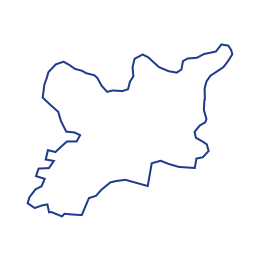 Yongin-si, Gyeonggi, South Korea (Equal Earth projection), rotated 100°
{"feature_id": "91817680B86612267469181", "entity_name": "Yongin-si", "entity_type": "district", "adm_level": 2, "iso_a3": "KOR", "parent_name": "South Korea", "parent_adm1": "Gyeonggi", "projection": "equal_earth", "projection_center": [127.213, 37.219], "detail": "fine", "context": "isolated", "style": "outline", "palette": "blue", "viewbox_px": 256, "rotation_deg": 100, "n_neighbors": 0, "source": "geoboundaries", "source_scale": "gbopen_adm2", "svg_char_len": 1290}
<svg xmlns="http://www.w3.org/2000/svg" viewBox="0 0 256 256"><g transform="rotate(100 128 128)"><path d="M86.9,57.2L75.7,59.4L68.4,58.8L62.2,55.9L57.7,51.1L51.5,44.6L44.7,41.1L37.4,38.1L35.9,38.7L33.4,39.9L29.5,43.4L29.5,50.5L37.4,54.7L39.6,60.0L41.9,65.9L46.9,72.4L49.2,81.3L52.6,85.5L61.0,85.5L65.0,89.6L65.0,97.9L62.7,108.0L54.8,120.5L53.6,124.6L53.1,126.4L58.7,133.5L67.2,134.1L76.2,131.7L81.9,134.1L89.8,134.7L92.6,140.0L93.7,149.5L96.0,154.9L90.9,161.4L84.1,166.8L81.9,170.3L81.3,178.6L79.6,183.4L79.0,190.5L76.2,196.5L73.9,203.0L77.9,210.2L86.9,216.1L93.1,216.7L99.4,217.9L112.9,217.3L119.1,207.8L124.2,199.5L132.7,195.3L142.3,188.2L141.7,179.8L143.4,173.9L150.2,176.3L151.9,185.8L158.6,191.1L164.3,195.3L163.7,203.0L173.3,203.6L173.3,195.3L181.2,198.9L183.5,209.0L191.4,210.2L192.5,201.2L200.4,203.0L204.4,208.4L213.4,213.1L219.6,213.7L223.0,206.0L219.0,198.9L217.3,194.1L224.7,191.1L224.1,188.8L226.5,177.6L223.5,175.7L223.0,169.1L221.8,158.4L203.8,154.3L200.4,147.8L193.6,143.6L184.6,135.9L182.3,130.5L179.5,121.6L181.7,98.5L158.6,98.5L154.6,90.2L156.3,81.9L157.5,71.2L155.8,55.3L146.2,55.3L143.9,49.3L136.6,44.6L130.4,47.6L128.1,52.9L125.9,59.4L120.2,61.8L112.9,57.6L109.0,52.9L105.6,52.3L97.1,56.4L87.5,57.6L86.9,57.2Z" fill="none" stroke="#1e3a8a" stroke-width="2"/></g></svg>